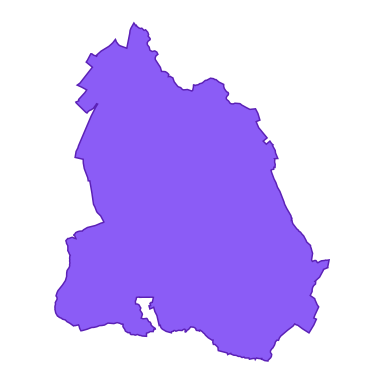 the district of Sebes, Alba, Romania
{"feature_id": "2599482B78612484376633", "entity_name": "Sebes", "entity_type": "district", "adm_level": 2, "iso_a3": "ROU", "parent_name": "Romania", "parent_adm1": "Alba", "projection": "albers", "projection_center": [23.569, 45.956], "detail": "fine", "context": "isolated", "style": "filled", "palette": "violet", "viewbox_px": 384, "rotation_deg": 0, "n_neighbors": 0, "source": "geoboundaries", "source_scale": "gbopen_adm2", "svg_char_len": 5892}
<svg xmlns="http://www.w3.org/2000/svg" viewBox="0 0 384 384"><path d="M267.9,361.0L267.9,360.5L270.7,357.7L271.4,356.3L271.7,354.3L270.8,353.1L270.4,352.2L270.5,350.7L272.2,348.4L272.8,348.0L274.5,345.1L275.1,343.3L275.2,342.4L275.8,341.4L277.0,340.1L278.5,340.3L279.6,337.5L280.3,336.8L280.6,336.2L287.6,330.2L293.1,326.0L294.7,323.9L296.3,324.9L297.2,325.0L298.0,325.4L302.5,328.8L309.0,332.9L313.8,325.0L316.4,319.2L313.8,318.0L315.0,314.9L318.7,306.9L317.2,304.8L315.1,300.0L314.7,298.6L310.2,295.5L312.1,291.6L312.2,289.4L312.6,287.5L313.7,285.6L315.5,284.0L315.7,281.5L315.0,281.3L319.6,277.1L323.6,269.7L323.5,269.4L327.7,267.7L327.4,267.4L327.7,267.1L329.1,259.9L326.8,260.3L325.8,260.1L324.4,260.5L321.5,260.8L319.7,261.6L318.4,262.5L317.8,262.7L317.3,262.4L316.0,260.6L315.5,260.5L314.7,260.5L312.4,261.4L311.6,260.1L311.6,259.6L312.6,253.3L311.8,250.8L311.2,248.3L310.5,246.6L310.6,245.8L310.4,245.3L306.7,242.0L306.0,240.3L303.6,235.8L302.1,234.3L300.5,232.2L298.7,231.0L298.5,230.3L296.8,228.9L292.9,223.8L292.2,221.9L292.2,221.3L292.0,220.3L291.7,220.1L291.8,219.3L291.5,219.6L291.6,218.8L290.9,215.6L286.8,208.6L284.6,204.2L284.0,202.0L279.9,191.4L277.5,187.3L275.9,182.6L274.0,178.9L271.7,172.7L271.0,170.2L272.2,169.5L273.7,169.3L273.9,167.3L275.0,167.4L275.2,164.4L274.6,162.1L274.8,159.3L274.5,158.7L277.8,158.5L275.5,152.9L275.2,150.4L272.5,145.6L273.1,144.9L271.6,143.6L269.9,141.1L266.3,144.2L263.2,141.1L267.1,137.9L258.7,127.7L256.4,122.3L256.2,121.6L259.9,120.1L257.9,113.4L255.5,108.8L249.9,109.4L246.2,107.5L241.7,105.0L240.4,103.9L239.8,103.6L234.9,103.2L233.6,103.8L233.0,103.9L231.2,103.8L230.1,103.2L228.5,100.9L227.4,100.1L226.5,99.2L226.3,98.6L226.3,97.6L226.8,96.4L228.3,94.8L228.5,93.6L228.1,92.5L226.7,91.8L225.7,90.6L224.3,88.5L223.7,86.4L223.7,84.4L219.0,82.1L216.0,79.6L214.6,79.5L213.7,78.7L210.5,78.2L206.8,80.2L205.3,80.4L202.6,82.7L201.5,83.3L199.9,83.6L198.0,84.8L195.9,85.1L195.2,85.5L193.8,84.8L193.5,85.0L193.4,87.2L192.7,90.3L191.8,91.0L187.4,89.5L183.7,89.9L182.4,89.5L180.7,87.6L178.3,86.8L177.5,86.1L174.2,81.8L172.8,77.8L171.4,77.2L170.4,76.4L168.5,76.6L168.7,76.2L168.4,76.0L168.8,74.4L166.8,72.5L165.1,71.6L161.5,71.4L160.4,67.4L155.3,59.5L155.2,57.9L155.9,56.0L157.9,54.3L156.8,52.1L154.8,50.9L152.1,51.5L149.9,50.2L149.2,47.1L147.4,44.8L147.2,42.8L148.1,41.2L150.1,39.7L150.1,38.5L148.1,36.1L148.6,34.6L147.8,32.3L145.6,29.8L144.1,30.4L141.8,28.2L140.4,28.5L139.0,28.0L136.9,26.4L136.4,25.3L135.8,25.7L133.9,23.0L130.9,28.3L130.1,30.4L129.7,33.6L126.8,48.2L120.1,45.8L118.6,44.8L116.1,41.5L116.0,40.6L115.4,39.4L112.8,42.8L111.0,44.5L108.8,46.4L101.1,51.1L96.3,55.4L96.9,55.8L96.5,56.3L95.6,55.8L93.8,55.3L91.8,53.8L90.8,53.8L87.5,60.1L86.2,62.1L92.4,67.2L79.9,83.2L77.2,85.1L82.0,87.3L86.7,89.9L84.9,92.6L78.7,99.4L78.6,99.7L78.8,100.8L75.8,102.1L76.2,102.9L85.8,112.3L87.0,113.0L88.2,111.5L89.6,110.4L91.0,109.9L93.3,108.4L95.7,105.2L96.6,103.7L97.6,104.1L95.7,107.2L91.2,116.0L78.5,145.8L77.9,147.9L76.1,151.4L75.1,157.4L83.2,159.3L83.3,163.1L84.3,168.7L87.6,177.4L87.9,178.5L88.2,180.8L89.8,180.9L91.9,192.9L93.5,204.3L95.0,207.2L96.7,211.7L97.7,213.0L100.7,215.9L103.9,222.0L102.8,222.7L101.3,223.0L95.4,225.5L87.4,227.5L83.5,229.8L82.3,231.0L79.3,231.2L77.5,231.7L75.6,232.7L75.3,233.5L73.8,234.9L73.8,235.2L74.8,235.9L75.9,238.6L74.5,238.3L72.4,237.3L71.3,237.5L68.9,238.5L67.8,238.5L65.9,240.6L66.1,241.7L66.4,242.2L66.5,243.4L67.8,245.7L67.9,248.3L67.8,250.7L68.4,251.7L69.4,254.1L70.2,255.3L69.9,255.6L69.6,258.2L69.8,260.0L69.6,260.9L69.9,263.0L69.6,264.5L69.7,265.6L69.4,267.0L69.0,267.7L67.1,270.5L66.7,272.8L66.6,276.6L65.4,280.6L62.5,285.0L58.0,290.6L57.1,292.5L56.0,295.9L56.7,296.8L57.0,297.6L57.1,298.7L57.0,299.4L55.3,302.5L55.5,304.2L55.0,306.1L54.9,307.4L55.1,308.1L54.9,309.1L55.7,312.9L56.8,314.9L57.6,316.2L58.1,316.2L59.2,317.3L61.5,318.3L62.4,319.1L65.4,320.0L66.9,321.6L69.8,323.2L73.5,325.9L73.9,325.6L74.9,325.7L78.5,324.9L79.1,326.2L79.7,328.5L80.9,330.8L82.6,330.5L87.2,329.2L91.6,327.5L93.9,327.4L96.9,326.7L99.5,325.6L101.9,325.5L104.6,325.0L107.3,323.4L108.1,323.1L113.9,323.6L117.1,322.6L119.9,323.3L121.3,324.1L122.9,324.1L123.1,324.3L122.9,326.2L123.2,327.1L124.7,329.3L125.4,331.1L128.0,332.7L129.9,332.6L130.2,333.2L130.2,333.8L131.1,334.6L133.8,334.6L134.7,335.0L135.8,335.1L136.7,334.6L137.5,334.5L139.6,335.4L140.9,335.5L142.1,336.0L146.5,336.3L146.5,333.2L148.7,332.5L150.0,331.6L153.2,331.6L153.4,330.5L153.7,330.3L153.8,329.3L155.3,329.1L155.2,328.4L152.4,326.4L150.9,324.7L151.1,324.0L150.2,322.2L148.7,321.6L147.1,318.7L146.7,318.4L143.1,318.8L141.2,318.1L142.4,314.4L142.1,313.3L140.2,310.4L140.1,309.7L140.7,308.5L140.7,307.7L140.4,307.5L139.7,306.1L138.8,304.7L137.5,304.1L135.6,303.9L135.4,301.1L136.1,299.6L136.5,297.4L139.2,297.0L139.4,297.3L152.0,297.2L153.4,297.4L152.3,302.3L150.9,302.5L150.7,303.2L150.0,303.4L150.6,305.6L149.0,305.9L149.9,309.0L153.7,307.3L154.9,311.6L156.9,315.5L159.2,325.5L159.5,325.4L159.5,325.0L160.3,325.2L160.5,326.5L161.1,327.8L162.3,329.1L166.2,331.4L171.4,332.8L171.5,331.7L173.4,331.2L173.7,330.6L174.8,330.5L175.9,331.2L178.5,330.3L182.1,330.5L182.7,329.9L184.1,329.2L184.8,329.2L185.4,330.0L185.0,331.1L185.3,332.0L186.3,331.6L187.1,330.2L188.5,329.5L190.7,326.9L193.6,327.2L194.8,327.8L195.8,328.7L195.9,329.7L196.5,330.4L198.5,330.6L199.4,331.0L199.3,330.3L200.3,330.2L202.2,331.6L203.5,333.0L204.4,333.6L205.5,335.2L208.3,337.8L212.1,340.2L213.0,340.1L212.8,342.3L213.4,344.4L215.1,344.5L218.0,347.4L218.1,349.6L218.3,350.6L227.1,352.9L227.7,354.6L229.1,353.8L229.6,353.9L230.1,353.5L230.3,353.7L230.8,353.5L230.9,354.0L233.7,355.2L236.3,355.4L238.3,356.4L240.2,356.4L242.0,357.5L244.0,357.1L245.0,358.0L248.9,358.0L249.4,359.2L253.0,358.5L254.4,358.4L255.1,358.8L255.3,359.5L256.3,358.0L259.2,358.6L261.8,358.5L261.8,358.8L261.4,358.8L261.4,359.3L262.3,359.4L264.7,360.6L267.9,361.0Z" fill="#8b5cf6" stroke="#5b21b6" stroke-width="1.5"/></svg>